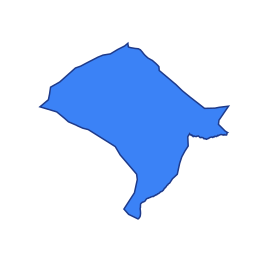 Telmen, Dzavhan, Mongolia, rotated 302°
{"feature_id": "93677404B12487525964315", "entity_name": "Telmen", "entity_type": "district", "adm_level": 2, "iso_a3": "MNG", "parent_name": "Mongolia", "parent_adm1": "Dzavhan", "projection": "robinson", "projection_center": [97.583, 48.784], "detail": "fine", "context": "isolated", "style": "filled", "palette": "blue", "viewbox_px": 256, "rotation_deg": 302, "n_neighbors": 0, "source": "geoboundaries", "source_scale": "gbopen_adm2", "svg_char_len": 4710}
<svg xmlns="http://www.w3.org/2000/svg" viewBox="0 0 256 256"><g transform="rotate(302 128 128)"><path d="M99.3,42.1L103.9,59.0L102.6,68.9L101.7,74.2L103.0,82.7L103.1,84.3L103.9,89.8L105.6,95.1L105.5,127.0L101.0,135.7L93.4,159.8L89.2,163.2L76.4,167.8L57.1,167.5L55.1,174.3L56.2,184.7L56.8,185.0L57.3,185.1L58.0,185.1L58.6,185.2L59.1,185.1L59.5,185.1L60.5,184.7L60.9,184.6L61.5,184.2L62.2,183.9L63.1,183.3L63.8,182.8L64.1,182.6L64.6,182.2L65.4,181.5L66.1,181.0L66.8,180.7L67.3,180.6L67.6,180.5L67.7,180.4L68.1,180.1L68.4,179.9L68.8,179.7L69.9,179.1L70.1,179.0L70.3,178.9L70.6,178.9L70.9,179.0L72.3,179.4L72.5,179.5L72.8,179.7L73.0,179.9L73.1,180.0L73.3,180.0L73.5,180.2L74.1,180.7L74.3,180.8L74.6,180.9L75.3,181.2L75.6,181.2L75.9,181.2L76.1,181.2L76.3,181.2L76.5,181.1L76.8,181.1L77.3,181.2L77.5,181.3L78.0,181.4L78.5,181.7L78.7,181.8L79.2,182.4L79.4,182.5L79.5,182.6L79.8,182.6L80.2,183.0L80.6,183.4L80.8,183.5L81.0,183.6L81.2,183.8L81.3,183.8L81.6,183.9L82.1,184.4L82.4,184.7L82.9,185.0L83.0,185.1L83.2,185.6L83.5,186.0L83.8,186.1L84.1,186.1L84.3,186.1L84.6,186.3L84.8,186.5L85.0,186.6L85.4,186.8L85.5,186.9L85.7,187.0L85.9,187.0L86.0,187.0L86.2,187.4L86.3,187.4L86.5,187.6L86.9,187.8L87.0,187.9L87.4,187.9L87.6,187.9L87.8,188.0L88.0,188.1L88.2,188.4L88.8,188.8L89.0,188.9L89.4,188.9L89.6,189.0L89.8,189.1L90.1,189.2L90.3,189.3L90.6,189.3L90.9,189.3L91.2,189.4L91.4,189.5L91.5,189.6L91.6,189.8L91.9,190.2L92.1,190.2L92.4,190.4L92.5,190.4L93.0,190.6L93.3,190.6L93.5,190.7L93.6,190.8L93.8,190.8L94.0,190.9L94.3,190.9L94.5,190.9L95.0,190.9L95.7,190.9L96.0,190.8L96.3,190.9L96.5,191.0L97.0,191.3L97.5,191.2L97.8,191.3L98.0,191.4L98.3,191.5L99.7,191.4L100.1,191.5L100.4,191.6L100.5,191.6L100.9,191.8L101.0,191.9L101.4,191.8L101.5,191.8L101.9,191.8L102.2,192.0L102.4,192.0L103.3,192.5L108.5,192.6L114.9,194.3L125.5,190.5L132.1,188.9L138.3,188.5L144.6,188.6L152.3,183.3L155.7,183.3L155.4,183.7L155.4,183.8L155.4,184.0L155.4,184.3L155.3,184.5L155.3,184.8L155.7,184.9L155.7,185.0L155.7,185.4L155.8,185.6L155.9,185.8L155.9,186.0L155.7,186.1L155.4,186.1L155.4,186.3L155.5,186.6L155.7,187.0L155.6,187.3L155.4,187.4L155.3,187.5L155.2,187.6L155.2,187.8L155.3,187.8L155.6,187.9L155.8,187.9L155.9,188.0L156.0,188.1L156.2,188.4L156.3,188.6L156.3,188.8L156.3,189.1L156.3,189.3L156.6,189.7L156.7,190.0L156.9,190.2L156.9,190.3L157.0,190.6L157.6,190.8L157.8,191.0L158.0,191.3L158.1,191.5L158.4,191.8L158.5,191.9L158.6,192.0L158.4,192.7L158.3,193.4L158.1,194.0L158.1,194.4L158.2,194.5L158.4,194.6L158.7,194.9L158.9,195.1L159.0,195.3L159.0,195.5L159.0,195.8L159.3,196.1L159.5,196.4L159.5,196.7L159.5,196.9L159.4,197.2L159.4,197.5L159.2,197.8L159.1,198.1L159.2,198.3L159.5,198.4L159.6,198.6L159.6,198.8L159.7,199.1L159.8,199.2L159.9,199.3L160.0,199.4L160.0,199.6L159.9,200.0L159.9,200.3L160.0,200.5L160.4,200.6L160.5,200.7L160.8,201.1L161.1,201.3L161.5,201.4L161.6,201.6L161.8,201.7L161.9,201.9L162.1,202.0L162.4,202.1L162.7,202.2L162.9,202.2L163.0,202.2L163.1,202.3L163.3,202.5L163.8,202.9L164.0,203.1L164.3,203.4L164.4,203.5L164.7,203.8L164.8,203.9L164.8,204.0L164.8,204.4L164.8,204.6L164.8,204.8L165.0,205.0L165.3,205.0L165.6,205.0L165.8,205.1L165.9,205.5L166.0,205.7L166.1,205.8L166.3,205.7L166.6,205.7L166.7,205.8L166.8,205.9L166.8,206.0L167.2,206.4L167.3,206.7L167.4,206.9L167.4,207.0L167.5,207.1L167.7,207.4L167.7,207.6L167.8,207.7L168.0,207.7L168.1,207.8L168.3,207.9L168.7,207.9L168.8,207.9L169.0,207.9L169.0,208.0L169.3,208.2L169.3,208.3L169.4,208.7L169.5,208.7L169.7,208.8L169.9,208.9L170.0,209.0L170.7,209.4L170.9,209.6L171.0,209.7L171.1,209.8L171.5,210.0L171.9,210.5L172.0,210.9L172.1,211.0L172.2,211.3L172.2,211.5L172.2,211.8L172.3,211.9L172.5,212.0L172.8,212.3L172.8,212.5L172.7,213.1L172.8,213.2L173.0,213.2L173.3,213.2L173.5,213.3L173.7,213.6L173.7,213.8L173.7,214.2L173.8,214.5L174.0,214.9L174.1,215.0L174.3,215.1L174.4,215.3L174.5,215.3L175.2,215.1L175.4,215.0L175.5,214.9L175.9,214.8L176.3,214.7L176.6,214.7L176.9,214.9L176.9,212.0L179.0,202.8L182.8,201.0L199.8,201.7L193.8,194.3L190.9,191.2L185.2,182.5L187.1,164.2L188.3,154.7L188.7,152.6L190.2,145.8L193.3,124.0L196.4,121.7L196.9,120.0L197.5,117.3L198.1,113.4L198.2,113.0L198.1,112.1L198.0,109.4L197.9,108.3L198.0,107.5L198.1,106.8L198.6,104.1L198.7,103.7L198.9,103.1L199.0,102.8L199.3,101.6L199.8,100.5L200.9,96.9L200.7,96.4L200.7,96.2L200.7,95.9L200.8,95.4L200.7,94.9L200.0,93.4L199.5,92.4L199.2,91.8L198.4,89.8L197.8,88.4L197.4,87.3L197.0,85.7L197.0,85.4L197.1,85.1L197.5,84.9L197.9,84.6L198.1,84.4L198.6,83.8L199.0,83.6L199.4,83.3L199.8,83.0L195.8,81.7L189.0,77.6L181.5,73.8L176.6,68.2L172.2,65.0L160.8,58.2L155.4,55.1L151.0,51.6L130.8,45.7L121.6,40.7L115.2,43.5L109.8,45.5L99.3,42.1L99.3,42.1Z" fill="#3b82f6" stroke="#1e3a8a" stroke-width="1.5"/></g></svg>